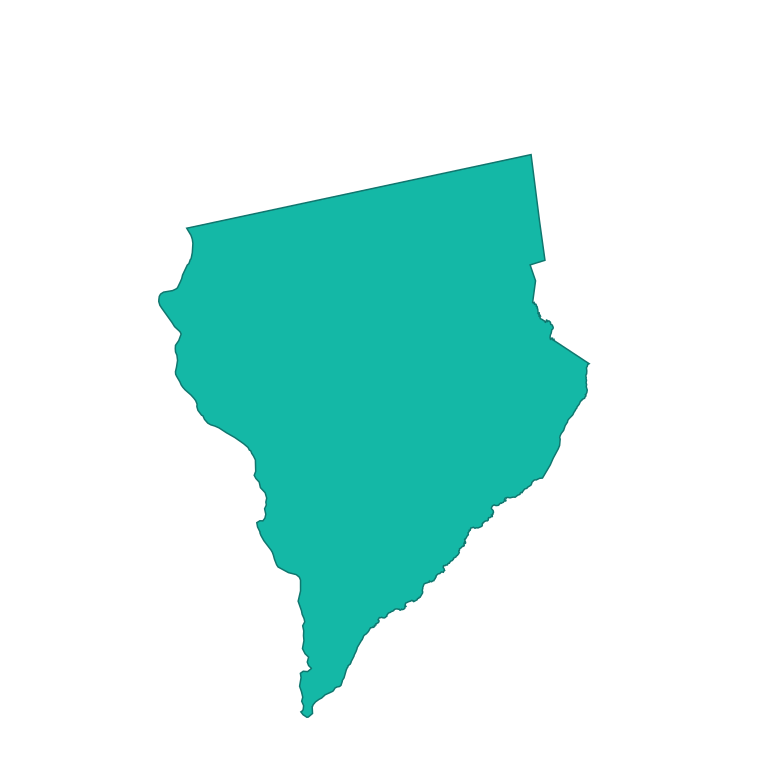 outline of Nkeyema, Western, Zambia, rotated 147°
{"feature_id": "96606910B42234900410364", "entity_name": "Nkeyema", "entity_type": "district", "adm_level": 2, "iso_a3": "ZMB", "parent_name": "Zambia", "parent_adm1": "Western", "projection": "natural_earth1", "projection_center": [25.215, -14.864], "detail": "fine", "context": "isolated", "style": "filled", "palette": "teal", "viewbox_px": 768, "rotation_deg": 147, "n_neighbors": 0, "source": "geoboundaries", "source_scale": "gbopen_adm2", "svg_char_len": 6159}
<svg xmlns="http://www.w3.org/2000/svg" viewBox="0 0 768 768"><g transform="rotate(147 384 384)"><path d="M164.9,435.8L135.7,496.3L464.6,622.1L464.9,613.8L465.9,609.9L467.7,606.0L473.2,598.6L477.6,594.1L478.6,593.9L482.1,591.2L484.2,590.9L493.6,585.1L496.2,582.6L499.0,580.7L504.9,577.1L506.9,577.0L510.5,577.5L518.8,581.1L522.4,581.1L524.7,579.9L526.7,577.6L528.0,575.8L529.1,572.1L529.1,569.0L528.3,551.2L528.4,546.2L526.6,539.0L526.9,536.4L532.5,532.2L537.8,530.0L539.8,527.3L541.4,524.4L542.0,520.9L544.3,516.2L548.9,511.1L552.2,507.9L553.4,505.7L553.7,503.6L554.0,497.0L554.6,493.6L554.5,490.7L554.0,487.4L551.9,480.0L551.2,475.6L551.0,472.7L551.7,469.0L553.3,466.9L554.4,463.2L554.0,457.3L553.2,455.9L553.8,452.1L553.1,447.2L551.5,444.1L548.8,440.9L546.3,437.1L542.7,428.9L538.3,420.4L534.3,410.5L532.6,404.9L532.9,401.9L532.3,400.9L532.2,400.1L532.7,398.0L532.7,394.6L533.2,390.4L539.2,380.6L542.6,378.1L542.9,374.5L542.1,369.7L544.1,364.4L542.9,357.6L544.5,352.2L547.4,349.3L548.6,346.6L552.1,344.4L554.1,339.1L556.9,336.4L560.1,335.2L562.6,336.9L566.2,337.0L567.9,333.0L568.6,327.3L569.1,326.8L569.7,324.0L570.1,318.0L569.2,306.5L569.3,303.7L570.0,300.7L571.3,296.7L572.5,290.9L572.5,288.2L566.9,277.9L561.4,271.9L560.2,268.0L560.8,265.0L566.7,255.9L574.3,248.6L576.7,238.8L578.1,235.4L578.8,230.8L580.0,227.7L583.9,225.5L585.8,220.6L588.6,216.8L590.9,212.4L596.5,206.5L597.1,200.7L596.0,196.0L599.8,192.6L600.6,188.9L599.8,185.4L599.9,184.9L604.7,184.4L608.2,187.1L611.7,186.9L613.5,182.9L619.4,176.5L620.8,170.9L622.7,165.6L625.8,162.8L626.6,158.0L629.2,154.9L630.9,154.3L632.3,154.3L632.0,150.7L630.2,146.5L628.9,145.9L623.4,146.6L619.9,152.6L619.4,152.6L618.1,153.6L614.6,154.7L610.2,154.9L607.3,154.6L602.6,155.4L595.2,154.3L593.6,154.3L590.6,155.7L588.4,155.5L586.0,154.5L584.2,154.7L581.2,157.1L580.3,158.1L577.6,159.3L571.3,164.8L569.3,166.1L568.3,166.4L567.5,167.3L564.8,167.5L564.1,168.1L563.5,168.2L563.0,168.9L557.5,172.0L556.6,172.9L553.3,174.8L551.0,176.5L549.9,177.6L542.2,181.4L541.6,181.4L540.0,182.6L539.7,182.6L539.4,183.0L538.8,183.5L537.2,184.1L534.9,184.1L531.9,184.9L528.1,186.9L526.8,186.2L526.0,186.4L525.3,185.6L523.8,185.8L523.8,186.5L523.4,186.7L522.1,186.3L521.3,187.3L520.7,187.0L519.1,187.2L518.6,186.9L517.2,187.9L517.1,188.7L517.4,189.0L517.4,189.5L515.1,190.6L514.1,189.8L513.0,189.6L512.3,188.5L510.8,187.5L507.9,187.8L507.6,188.5L505.1,189.5L502.8,189.0L501.6,189.2L500.6,188.8L499.1,188.7L498.5,189.2L497.2,189.1L495.7,188.4L494.5,187.2L493.9,186.9L493.9,185.9L493.6,185.5L492.7,185.3L491.9,185.6L491.3,184.7L490.1,184.4L488.7,184.6L487.5,186.1L487.1,185.5L486.7,185.5L486.8,186.6L486.5,187.3L485.2,188.4L481.7,188.0L480.3,187.5L478.8,187.5L478.5,186.9L477.8,186.8L477.6,186.5L477.8,185.7L477.6,185.3L473.7,185.0L472.8,185.7L471.4,185.4L470.8,185.9L469.9,185.5L465.5,187.7L464.7,188.7L464.6,189.5L463.7,190.7L462.9,191.3L462.6,192.0L459.4,194.4L457.9,194.4L457.6,194.1L456.9,194.1L455.6,193.6L454.7,193.6L454.2,193.2L453.3,193.9L453.2,193.3L452.4,192.9L452.1,192.4L451.2,192.2L450.7,192.4L449.2,191.9L448.3,192.6L447.4,192.9L447.1,192.8L446.2,193.6L445.6,193.7L445.2,194.0L445.1,194.6L442.9,195.2L441.6,195.2L440.5,194.6L438.4,195.1L437.4,194.5L436.8,193.8L435.7,194.5L434.7,194.6L434.7,195.4L434.4,195.7L434.2,196.8L434.4,197.7L433.2,199.1L432.6,199.1L431.9,198.4L431.0,198.6L429.6,197.8L429.2,197.8L428.3,198.5L427.7,198.6L426.9,198.1L425.0,199.0L423.7,199.0L423.1,198.8L421.3,199.2L420.6,200.0L417.8,199.8L417.1,200.3L415.8,200.3L413.6,201.1L412.6,201.8L412.3,203.2L411.0,203.7L410.4,204.7L408.7,204.6L406.6,205.1L406.2,204.8L405.6,205.0L405.5,204.7L404.8,204.7L403.9,206.6L403.2,207.1L403.4,206.2L402.4,206.1L401.8,206.8L401.2,209.5L400.9,209.9L400.2,209.6L399.9,210.0L398.9,210.1L397.4,211.1L395.7,211.5L395.2,211.9L394.6,213.4L393.0,213.9L392.2,214.8L391.9,214.4L391.3,214.4L389.8,215.9L387.0,215.1L386.3,213.5L384.5,213.0L383.6,212.1L380.4,211.5L379.1,211.5L378.3,212.2L377.7,213.3L377.2,213.5L376.8,213.7L376.2,213.4L374.9,214.0L373.1,213.7L371.7,212.9L370.6,213.2L369.7,214.5L369.0,214.9L368.1,214.2L366.0,214.4L365.7,213.9L365.3,213.9L364.9,214.6L365.1,215.5L364.4,215.3L363.4,215.6L363.3,216.3L362.4,216.4L361.9,217.0L361.4,218.5L361.7,220.1L361.7,221.2L361.1,221.8L359.4,222.7L357.4,222.6L357.0,221.8L356.2,221.0L354.5,220.1L353.6,220.0L352.7,220.4L350.9,220.6L350.4,220.0L349.6,220.1L348.4,219.8L346.7,220.4L345.7,219.6L345.0,220.1L345.0,220.4L345.9,221.0L346.0,221.4L344.8,222.2L344.2,222.3L343.5,221.6L342.8,221.9L342.0,221.5L340.3,219.9L337.3,218.8L335.6,217.6L332.4,217.9L330.1,217.4L329.5,218.1L328.3,218.4L327.9,218.3L327.6,217.7L327.2,217.7L326.4,218.3L325.8,218.4L323.3,219.4L321.0,218.7L319.5,219.2L316.0,219.1L314.4,220.0L313.7,220.9L310.6,221.6L309.6,221.4L308.5,220.6L305.0,220.2L302.3,218.8L288.6,225.6L282.7,229.5L273.2,234.7L270.2,236.8L266.3,241.8L265.8,243.4L264.4,244.7L262.2,246.0L258.6,247.3L254.7,250.4L250.9,252.1L249.8,253.3L247.8,254.1L242.8,255.2L241.2,256.0L240.8,256.5L237.9,257.7L237.2,258.3L235.6,258.7L234.4,259.7L231.4,260.7L228.6,262.5L227.0,262.5L226.3,263.1L223.5,262.8L222.8,263.5L221.4,263.9L221.0,264.2L220.9,265.4L220.0,265.4L218.4,266.5L216.8,268.3L215.9,271.5L214.3,273.3L213.9,274.9L212.1,276.9L211.6,278.5L210.8,279.4L210.7,280.1L210.1,281.1L209.0,282.1L208.6,282.1L206.8,284.5L205.5,287.1L205.2,287.5L203.9,288.1L202.5,289.4L200.9,289.3L217.5,327.3L217.2,328.7L218.1,328.4L218.5,329.3L217.7,330.5L218.1,331.1L218.9,331.1L219.8,330.5L220.1,330.7L219.4,332.6L217.8,334.5L216.1,335.6L213.6,338.2L212.6,338.2L211.6,338.8L211.1,339.7L211.2,340.8L210.8,341.3L211.0,342.5L211.7,343.2L210.8,345.2L211.3,347.1L211.9,347.4L212.8,347.4L212.5,348.6L212.9,349.1L214.8,347.7L215.1,347.9L215.1,349.5L215.8,350.7L215.9,351.4L217.3,353.7L216.7,355.1L217.0,356.4L216.5,356.5L215.8,356.0L215.7,357.5L216.4,357.4L216.2,358.1L216.4,359.0L215.8,358.9L215.8,358.5L215.2,358.9L215.1,359.2L215.8,359.5L215.7,360.4L214.2,363.2L214.3,364.1L213.6,364.8L213.5,365.4L213.5,365.7L214.0,366.1L213.3,367.1L213.2,368.1L214.3,368.8L213.8,369.3L213.7,370.7L214.7,370.6L214.9,371.5L200.7,388.0L196.6,404.3L181.6,400.1L164.9,435.8Z" fill="#14b8a6" stroke="#0f766e" stroke-width="1.5"/></g></svg>